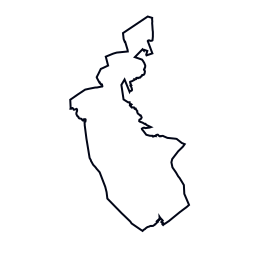 Huamuxtitlán, Guerrero, Mexico (Mercator projection), rotated 346°
{"feature_id": "50627088B12033458309920", "entity_name": "Huamuxtitlán", "entity_type": "district", "adm_level": 2, "iso_a3": "MEX", "parent_name": "Mexico", "parent_adm1": "Guerrero", "projection": "mercator", "projection_center": [-98.542, 17.83], "detail": "fine", "context": "isolated", "style": "outline", "palette": "ink", "viewbox_px": 256, "rotation_deg": 346, "n_neighbors": 0, "source": "geoboundaries", "source_scale": "gbopen_adm2", "svg_char_len": 5468}
<svg xmlns="http://www.w3.org/2000/svg" viewBox="0 0 256 256"><g transform="rotate(346 128 128)"><path d="M166.4,218.6L168.6,217.4L166.7,205.5L168.4,196.9L166.0,189.1L165.0,187.0L163.8,182.8L161.6,177.0L161.8,171.8L163.4,168.8L171.1,162.7L176.9,159.3L179.1,157.4L176.5,155.5L172.6,150.4L171.8,150.0L163.8,147.1L160.4,144.5L160.2,144.3L160.1,144.2L159.5,144.0L159.3,143.9L158.6,143.9L158.3,144.0L158.1,143.9L157.8,143.7L157.6,143.7L157.3,143.9L157.1,143.9L156.9,143.8L156.6,143.6L156.4,143.3L156.2,143.1L155.9,142.7L155.7,142.3L155.5,141.9L155.3,141.7L155.1,141.7L154.8,141.6L154.3,141.6L153.9,141.7L153.6,141.7L153.3,141.9L153.2,142.0L152.8,142.1L152.6,142.2L152.7,142.5L151.5,142.1L151.3,142.3L151.0,142.4L150.6,142.4L150.3,142.4L150.0,142.3L149.9,142.0L149.8,141.5L147.3,140.8L144.1,139.0L141.9,133.9L141.3,132.8L141.3,132.0L142.8,131.5L143.8,131.6L144.2,131.9L144.7,132.3L149.1,132.8L150.5,132.7L149.3,131.7L146.9,129.7L146.4,129.2L146.0,128.2L145.4,128.2L145.1,128.0L143.7,126.6L143.4,126.3L142.5,125.7L141.0,124.7L140.9,124.6L140.5,124.0L141.1,122.7L142.9,122.2L143.8,121.1L143.6,119.8L143.4,118.9L143.3,118.7L142.7,118.7L141.8,117.2L141.0,116.3L141.0,115.9L140.8,115.0L141.1,113.8L140.7,113.4L140.5,112.4L140.1,111.0L139.4,111.2L139.1,111.0L138.8,109.5L137.2,109.0L136.7,109.1L135.9,107.8L136.1,107.5L135.5,106.8L137.1,106.0L136.6,105.5L135.6,105.5L135.8,103.4L134.3,103.1L130.6,99.2L132.0,84.6L136.4,80.1L138.3,93.3L138.8,92.7L139.1,92.6L139.8,92.6L140.1,92.7L140.3,92.7L140.7,92.5L140.9,92.3L141.1,92.1L141.2,91.6L141.2,91.3L141.2,90.7L141.2,90.3L141.2,89.7L141.1,89.2L140.9,88.3L140.7,87.8L140.7,87.6L140.6,87.3L140.6,87.1L140.9,86.8L141.0,86.8L141.4,86.9L141.3,86.6L141.3,86.4L141.3,86.1L141.3,85.9L141.2,85.5L141.0,84.8L141.0,84.6L141.1,84.2L141.2,83.7L141.5,83.6L142.0,83.6L142.3,83.6L142.7,83.6L143.3,83.5L143.9,83.3L144.7,83.1L144.8,83.1L145.2,83.0L145.4,83.0L145.6,82.9L145.7,82.7L145.8,82.5L145.9,82.2L146.2,82.4L146.4,82.4L146.6,82.5L147.0,82.6L147.3,82.6L147.7,82.5L148.0,82.3L148.1,82.2L148.1,81.5L148.2,81.4L148.7,81.4L149.7,81.7L149.7,81.9L150.0,82.1L150.8,81.8L151.0,81.8L151.4,82.0L152.0,82.0L152.2,81.8L152.4,81.6L152.6,81.3L152.8,81.2L153.3,81.2L153.5,81.2L153.9,80.9L154.0,80.7L154.2,80.3L154.6,80.0L154.8,80.0L155.4,80.2L155.7,80.2L156.0,80.2L156.4,80.0L156.5,79.9L156.8,79.7L157.0,79.4L157.3,79.0L157.4,78.9L157.6,78.5L157.7,78.1L157.8,77.9L157.9,77.5L158.1,77.2L158.1,76.8L158.1,76.5L158.0,76.3L157.9,75.9L157.7,75.7L157.6,75.4L157.6,75.2L157.8,74.8L158.0,74.7L158.3,74.6L158.5,74.5L158.6,74.3L158.7,74.0L158.8,73.6L159.0,73.4L159.3,73.2L159.6,72.4L159.6,72.2L159.8,71.8L159.8,71.4L159.8,71.0L159.7,70.5L159.6,70.0L159.6,69.6L159.5,68.9L159.1,67.6L158.7,66.3L158.1,65.0L151.8,60.9L161.2,55.1L162.2,57.0L162.8,56.2L165.4,57.9L163.4,61.3L163.6,61.5L163.7,61.8L163.7,62.0L169.7,61.5L168.2,48.4L168.5,48.1L169.0,48.0L169.5,48.0L169.8,48.1L170.2,48.4L170.7,48.8L171.6,49.0L172.7,49.0L173.0,48.8L174.2,45.5L175.4,40.7L175.6,38.9L176.4,34.5L176.8,32.1L177.3,30.7L177.7,28.3L178.1,27.0L174.1,24.6L146.1,34.7L145.3,40.6L145.7,43.7L146.1,43.7L146.5,52.2L146.3,53.7L135.3,52.1L132.7,52.2L131.3,52.3L123.7,53.4L123.8,62.6L118.3,63.7L115.9,64.1L112.3,68.4L110.1,70.9L110.2,71.1L109.9,71.6L111.1,76.4L111.3,76.4L111.4,76.5L111.5,76.6L111.3,76.9L111.3,77.0L111.4,77.3L111.6,77.3L111.8,77.5L111.9,77.8L112.0,78.0L111.9,78.3L112.0,78.4L112.1,78.5L112.3,78.9L112.3,79.0L112.6,79.0L112.8,79.2L113.2,79.3L113.3,79.5L113.2,79.9L113.3,80.5L113.2,80.7L113.0,80.9L113.2,81.1L113.2,81.4L113.1,81.5L112.2,81.4L107.8,81.2L105.9,80.8L99.5,80.5L95.7,80.4L87.5,83.3L78.8,86.6L77.1,95.2L76.9,95.4L77.3,95.6L77.5,95.6L78.0,95.3L78.3,95.2L78.7,95.1L78.8,95.1L79.0,95.2L79.1,95.3L79.3,95.6L79.3,95.8L79.5,96.1L79.6,96.6L79.7,97.0L79.9,97.2L80.0,97.2L80.7,97.2L81.2,97.2L81.8,97.1L82.2,97.1L82.4,97.0L82.7,97.0L82.8,97.2L82.9,97.3L83.0,97.5L83.0,97.9L83.0,98.2L82.8,98.8L82.7,99.1L82.6,99.3L82.3,99.8L82.1,100.0L81.9,100.3L81.7,100.6L81.6,100.9L81.4,101.4L81.3,101.9L81.3,102.3L81.6,103.6L81.7,104.1L81.8,104.3L82.1,104.6L82.4,104.8L82.5,105.1L82.6,105.3L82.5,105.7L82.6,105.9L82.6,106.1L82.7,106.3L83.1,106.9L84.8,107.7L85.0,107.9L85.2,108.1L85.3,108.2L85.3,108.7L85.4,108.9L85.6,109.1L85.8,109.3L86.0,109.8L86.3,110.0L86.5,110.0L86.6,109.9L86.6,109.7L87.5,108.8L88.8,109.2L88.9,109.8L88.2,111.5L87.3,111.9L87.1,112.4L86.9,114.0L86.7,114.6L85.1,128.2L83.5,147.8L83.7,148.5L84.1,149.9L84.2,151.4L84.5,152.2L84.7,153.0L84.9,153.8L85.3,155.2L85.7,156.0L86.3,157.0L87.1,158.5L87.6,159.8L89.8,164.1L91.7,179.6L91.7,183.6L91.7,185.1L90.9,191.5L101.3,209.3L103.1,212.1L107.6,219.3L108.4,221.5L117.2,231.4L118.5,230.6L119.9,230.2L120.3,230.0L120.7,229.7L121.9,229.2L122.4,229.0L123.1,228.8L123.8,228.8L124.3,228.8L125.0,228.7L125.8,228.5L126.3,228.5L126.9,228.6L127.1,228.8L127.6,228.9L128.8,229.0L129.2,228.8L129.5,228.7L130.1,228.5L130.4,228.5L130.5,228.4L130.7,228.1L131.6,227.7L132.2,227.5L132.6,227.2L133.3,226.7L134.0,226.4L133.3,225.5L133.4,225.4L134.0,225.1L134.2,225.6L134.9,225.3L134.7,224.7L135.5,224.3L135.7,224.7L136.2,224.4L136.3,224.7L137.0,224.4L136.6,223.7L136.9,223.6L137.2,223.4L137.0,222.3L137.1,221.8L137.3,222.4L138.2,224.3L138.5,224.7L138.8,225.2L139.1,225.8L139.3,226.3L138.2,226.9L138.3,227.1L137.7,227.4L138.2,228.2L138.2,228.3L138.4,228.7L138.6,229.1L139.2,228.9L139.4,229.2L138.5,229.6L138.7,229.9L138.3,230.1L138.6,230.6L138.9,230.4L142.4,229.2L143.9,228.6L144.7,228.4L158.1,222.1L166.4,218.6Z" fill="none" stroke="#020617" stroke-width="2"/></g></svg>